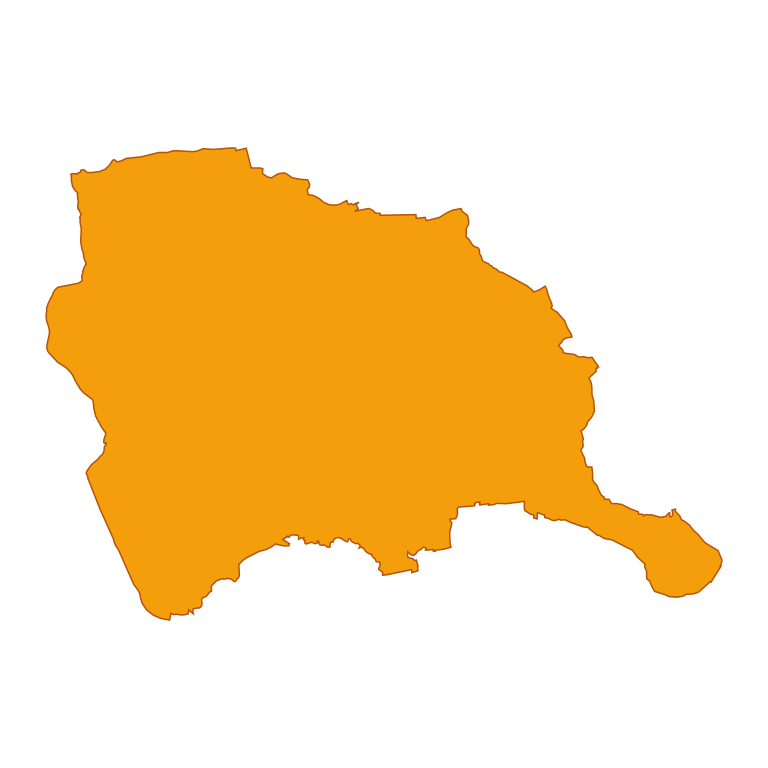 the district of Pietrari, Vâlcea, Romania
{"feature_id": "2599482B46623809555558", "entity_name": "Pietrari", "entity_type": "district", "adm_level": 2, "iso_a3": "ROU", "parent_name": "Romania", "parent_adm1": "Vâlcea", "projection": "mercator", "projection_center": [24.113, 45.105], "detail": "fine", "context": "isolated", "style": "filled", "palette": "amber", "viewbox_px": 768, "rotation_deg": 0, "n_neighbors": 0, "source": "geoboundaries", "source_scale": "gbopen_adm2", "svg_char_len": 6057}
<svg xmlns="http://www.w3.org/2000/svg" viewBox="0 0 768 768"><path d="M711.0,582.2L720.8,566.5L720.3,566.5L721.9,561.3L721.9,559.9L718.1,550.7L705.0,542.7L698.2,534.6L693.3,530.1L689.2,524.9L684.5,521.3L681.4,519.7L679.8,515.9L675.4,511.4L675.5,509.1L671.9,510.2L672.7,512.3L672.4,515.8L670.9,516.8L669.7,516.2L669.7,512.7L668.8,513.0L665.7,516.4L660.5,517.4L651.3,514.7L649.8,515.1L646.1,514.5L643.6,515.7L643.6,515.0L642.6,514.4L638.7,514.1L638.2,511.7L630.7,509.0L621.2,504.2L619.2,504.4L617.9,503.6L611.5,503.6L609.0,499.3L604.5,499.3L604.1,497.1L601.3,495.1L598.4,489.5L597.4,486.3L593.7,481.7L592.7,479.7L592.5,472.2L591.8,467.0L588.0,467.0L586.6,466.3L584.9,461.5L584.7,458.4L580.7,450.2L583.2,446.4L582.6,440.8L583.4,439.0L581.0,430.8L583.5,429.4L586.6,425.4L587.7,421.8L591.8,416.9L594.4,411.4L593.7,400.5L592.0,395.0L591.8,386.5L591.1,382.4L588.9,378.0L596.1,371.4L596.1,368.8L597.1,368.4L596.9,367.3L598.6,366.9L592.0,357.3L588.3,357.7L583.2,356.7L579.4,357.2L574.2,354.4L563.5,353.0L562.8,350.1L558.6,345.4L561.5,342.4L562.7,340.3L564.4,338.9L566.9,337.8L571.9,337.1L571.2,334.1L567.3,327.7L564.6,320.7L556.9,312.0L553.2,309.8L551.0,307.6L552.2,306.1L551.7,303.6L548.6,296.1L546.4,288.6L545.1,286.2L540.3,289.3L536.2,291.2L533.0,291.8L532.5,290.3L526.8,285.7L501.8,272.2L499.9,272.2L495.7,268.7L492.7,267.5L491.9,266.1L489.5,265.0L488.4,263.6L484.6,262.1L482.3,260.6L481.3,256.5L479.6,253.7L479.4,250.2L478.4,248.1L474.5,246.6L472.5,245.0L469.1,239.6L465.9,236.5L466.3,233.7L466.3,228.5L468.5,224.4L468.8,221.7L467.9,216.8L467.2,215.2L461.9,211.1L461.1,208.6L452.7,210.1L446.9,212.8L439.3,217.5L427.3,220.5L426.1,220.4L425.2,217.4L416.3,218.4L415.9,214.6L380.2,215.3L380.1,213.3L377.2,213.4L374.8,212.6L372.5,210.1L368.7,208.5L355.5,211.0L355.9,210.3L357.9,209.7L358.1,208.5L356.2,204.9L357.1,203.6L359.0,202.3L354.9,203.7L353.5,204.9L351.2,203.6L348.4,204.6L347.2,202.6L347.4,202.2L346.7,200.5L340.2,204.0L337.2,204.9L332.8,205.1L328.8,204.6L323.6,202.3L319.6,198.8L316.5,197.0L312.5,195.3L308.3,194.7L307.4,191.1L307.8,188.3L309.3,187.4L309.6,184.3L307.9,180.3L307.3,179.8L299.5,179.2L292.2,177.8L286.2,173.6L284.1,172.8L277.9,173.9L271.5,177.9L267.6,177.0L262.5,173.7L262.8,168.6L259.9,168.0L251.2,168.0L246.2,148.2L236.0,150.7L235.7,148.2L232.5,147.9L213.3,149.4L202.9,148.7L198.1,150.8L193.1,151.7L176.1,150.7L172.8,150.9L167.5,152.5L158.9,152.5L140.9,156.9L126.2,158.4L121.7,160.7L117.1,162.0L115.2,160.2L114.0,159.7L112.6,160.4L109.6,165.0L105.3,169.2L99.7,171.5L91.0,172.6L87.3,172.5L83.6,169.6L80.9,170.2L80.3,172.3L78.1,172.9L77.5,173.9L73.2,173.6L70.9,174.1L71.5,178.1L71.3,180.2L72.6,186.6L75.7,191.1L77.5,192.5L77.4,194.6L78.3,202.5L77.8,205.1L77.8,208.0L78.1,209.0L79.2,209.6L79.2,210.5L80.7,213.6L80.9,214.8L79.7,217.4L80.1,218.4L80.1,222.5L81.3,228.8L80.7,241.4L81.8,248.5L83.3,253.0L83.9,257.9L86.2,264.2L84.7,265.9L82.8,271.1L82.5,274.3L81.8,275.4L82.0,280.5L80.7,281.9L77.9,283.3L57.8,287.3L55.2,289.6L53.2,292.7L51.9,296.4L51.1,297.3L48.0,303.9L46.5,308.8L46.8,310.4L46.1,315.0L46.4,319.9L48.9,327.9L49.5,331.0L49.2,334.7L46.9,345.1L47.0,348.6L47.6,350.8L48.6,352.5L57.7,362.3L65.6,367.3L70.5,372.1L72.8,375.5L75.4,381.0L80.3,389.1L83.4,392.6L92.7,399.8L93.3,402.4L93.8,408.3L95.8,416.4L101.5,427.1L105.6,432.9L105.8,433.9L104.0,439.3L103.7,442.3L104.5,443.3L106.1,442.9L106.2,444.1L104.3,446.8L104.1,450.5L102.7,454.1L100.2,456.2L98.3,458.8L91.2,464.9L87.0,470.9L86.3,472.6L86.4,473.9L87.7,476.4L87.7,477.9L100.4,510.0L113.3,538.6L114.3,542.5L115.8,545.8L118.5,549.8L133.6,584.1L138.3,590.6L139.8,593.7L140.9,599.4L142.4,603.7L146.6,609.9L153.4,615.2L160.5,618.3L169.6,620.1L170.9,613.3L173.5,614.6L176.0,614.2L181.5,615.0L184.7,614.7L188.2,613.9L188.7,610.0L193.3,613.8L192.7,611.2L193.1,609.1L195.3,608.2L199.7,607.9L201.4,606.3L202.0,604.2L201.6,599.5L202.5,598.0L206.4,596.2L209.6,592.2L211.3,591.3L211.5,590.6L211.3,586.5L211.9,585.3L216.7,580.7L222.4,578.7L223.8,579.1L228.2,578.4L231.3,579.2L234.3,581.6L235.5,581.4L236.9,579.2L238.5,577.8L239.4,575.4L238.8,564.5L242.8,560.4L247.1,557.5L258.9,551.5L266.4,549.4L271.7,546.7L275.1,544.0L283.2,545.8L288.7,545.9L289.5,543.8L282.8,539.4L285.4,537.9L285.7,537.2L286.8,537.2L287.5,536.2L288.3,537.1L289.4,537.1L289.9,535.8L291.7,534.8L297.7,535.2L298.4,535.9L298.7,539.2L301.4,537.9L303.9,537.7L303.3,539.5L304.9,540.8L304.9,543.1L306.1,544.0L311.7,542.2L314.6,543.6L316.6,543.5L317.4,542.9L317.1,541.3L317.7,540.8L318.7,541.7L319.7,544.8L321.9,545.3L324.2,544.9L328.1,547.4L330.0,546.9L330.3,542.5L333.0,542.0L333.8,539.7L336.2,537.8L340.1,537.8L346.8,541.9L347.7,541.5L348.7,538.9L350.0,538.8L351.7,541.6L355.8,543.7L357.6,543.4L359.8,544.9L360.0,546.4L359.1,547.9L361.5,546.9L362.2,547.8L364.4,548.8L364.6,550.0L366.4,552.0L369.9,554.1L372.1,554.6L372.1,556.1L375.4,559.3L376.2,561.7L379.7,562.1L380.1,565.3L378.8,568.2L378.7,569.3L382.6,572.2L382.6,575.2L387.3,574.7L411.5,569.6L411.9,572.6L416.3,571.3L418.0,570.7L417.5,567.0L418.1,566.6L416.4,560.1L415.0,560.6L412.9,558.8L408.1,557.3L407.4,555.5L407.8,551.8L410.7,554.7L413.4,555.5L415.3,554.4L418.0,550.8L421.3,549.2L423.3,547.1L425.8,548.0L425.5,550.2L433.3,549.5L433.3,551.2L435.6,551.1L435.5,550.1L443.0,549.4L450.9,547.3L450.0,542.3L449.7,534.0L449.8,531.6L451.7,523.9L451.6,522.4L450.3,520.8L449.9,519.2L455.7,518.7L456.7,516.6L457.6,513.1L457.1,508.8L458.4,507.1L474.7,505.8L474.3,504.0L475.3,503.9L475.3,502.6L479.7,501.9L479.9,503.2L479.4,503.3L479.7,505.0L488.7,503.7L488.5,505.1L493.3,504.7L496.9,503.4L506.2,503.7L524.4,501.4L524.3,509.0L524.8,510.6L530.7,514.2L533.9,515.0L533.7,518.0L537.1,518.9L537.5,512.7L544.5,515.1L544.7,517.5L549.4,518.8L552.7,520.5L555.6,520.4L558.7,519.3L560.8,520.1L565.2,519.8L569.3,521.9L583.2,526.9L587.7,527.3L596.9,535.0L599.4,535.5L602.9,537.8L605.6,538.8L611.8,539.8L632.5,550.3L637.3,557.0L644.7,563.8L644.9,567.5L646.2,570.1L646.6,572.2L646.7,578.7L649.9,581.5L651.6,586.0L654.1,590.8L655.2,591.6L665.1,594.7L668.7,596.5L676.9,597.2L683.4,596.1L685.9,594.3L693.1,593.9L698.5,592.2L710.4,581.6L711.0,582.2Z" fill="#f59e0b" stroke="#b45309" stroke-width="1.5"/></svg>